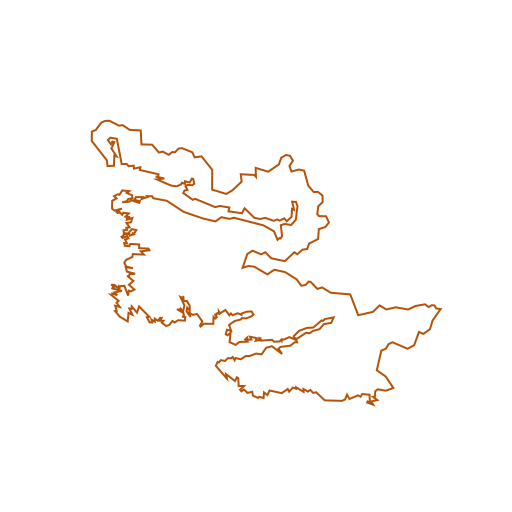 Lødingen nor, Nordland, Norway, rotated 68°
{"feature_id": "86288312B56909660985265", "entity_name": "Lødingen nor", "entity_type": "district", "adm_level": 2, "iso_a3": "NOR", "parent_name": "Norway", "parent_adm1": "Nordland", "projection": "orthographic", "projection_center": [15.635, 68.46], "detail": "fine", "context": "isolated", "style": "outline", "palette": "amber", "viewbox_px": 512, "rotation_deg": 68, "n_neighbors": 0, "source": "geoboundaries", "source_scale": "gbopen_adm2", "svg_char_len": 6137}
<svg xmlns="http://www.w3.org/2000/svg" viewBox="0 0 512 512"><g transform="rotate(68 256 256)"><path d="M117.0,360.0L119.1,353.9L109.9,349.8L111.5,347.9L102.1,349.8L97.3,344.7L96.2,346.2L98.0,348.7L93.0,349.9L91.7,346.8L95.2,341.1L120.5,346.1L122.2,341.4L125.1,340.5L126.4,335.6L129.3,336.4L130.4,330.0L132.7,331.5L143.7,315.8L145.7,316.8L144.8,319.3L149.8,311.9L147.8,319.3L158.9,308.3L161.7,303.4L161.5,298.5L160.3,297.1L162.5,294.9L160.1,293.9L162.9,289.9L160.2,286.4L161.0,285.4L165.9,286.1L166.5,288.5L164.4,292.9L164.9,295.3L169.0,294.8L168.5,297.8L170.4,299.9L180.3,293.5L180.1,291.1L195.4,275.5L196.1,270.7L201.0,262.6L204.3,264.7L211.1,253.0L207.5,248.7L220.0,243.2L223.2,238.4L224.1,233.2L230.1,226.3L230.0,222.7L232.0,220.9L231.7,215.6L235.3,214.6L233.1,208.4L225.8,205.0L227.5,203.5L219.2,202.1L220.8,198.7L225.2,198.8L237.3,205.5L240.4,211.8L237.1,217.3L236.7,221.4L247.3,224.4L249.0,226.6L248.2,227.4L249.1,230.0L239.9,230.0L230.4,237.6L212.2,262.2L211.7,266.6L207.1,273.5L208.7,280.7L201.2,291.3L188.0,306.5L171.4,318.0L164.0,329.6L161.8,329.8L159.6,334.6L160.7,334.4L160.3,340.5L159.1,338.7L156.4,345.4L158.3,347.7L161.6,343.2L163.0,344.4L157.5,350.9L158.2,352.8L156.1,360.0L156.8,355.3L155.2,353.0L156.3,349.0L153.3,348.1L149.1,352.3L148.4,349.3L145.1,355.4L148.1,359.7L147.0,361.0L147.4,365.2L150.4,363.7L150.9,368.6L158.1,371.7L160.9,370.3L161.8,362.5L161.8,367.2L162.9,368.5L164.0,365.5L164.0,369.1L164.8,365.7L167.7,364.6L166.2,362.8L168.9,358.1L170.6,362.2L172.8,358.1L171.7,361.1L174.0,362.3L174.4,356.4L177.9,359.4L176.8,363.7L182.1,362.5L181.3,365.7L183.4,365.8L182.5,369.2L185.4,370.0L187.2,366.1L184.6,361.0L187.2,357.2L189.4,360.5L188.3,362.4L190.1,361.2L189.8,365.5L188.0,365.1L186.7,370.1L187.9,373.5L189.2,373.0L189.4,368.0L191.9,367.7L191.6,371.3L196.0,370.9L194.6,373.3L197.4,373.8L199.5,369.7L197.7,368.1L201.5,360.0L205.0,361.4L208.8,353.0L210.8,352.7L208.5,361.0L212.7,359.4L208.1,369.5L210.5,371.0L210.9,377.7L212.9,380.7L217.3,380.2L221.2,374.6L217.6,381.0L222.1,381.5L227.2,374.7L225.5,380.1L228.0,381.7L225.9,382.9L233.2,379.0L235.1,384.6L241.6,381.3L241.9,385.4L240.5,387.0L244.8,389.4L234.3,389.2L233.0,393.6L234.5,394.4L232.8,394.8L234.3,396.0L229.8,397.9L228.4,401.1L231.7,398.1L231.2,400.4L232.2,401.4L238.1,393.5L236.7,400.9L240.4,399.4L237.0,403.3L238.3,403.9L237.7,404.9L246.1,400.2L247.1,402.8L252.2,401.4L249.4,405.2L254.7,405.7L254.2,407.3L261.1,405.1L268.6,399.5L261.0,395.5L264.2,392.6L257.2,393.1L258.4,391.1L256.2,390.1L263.9,387.6L259.0,383.3L272.4,377.7L271.9,380.1L277.7,379.5L278.8,377.1L275.8,376.7L279.0,374.4L276.2,373.3L279.3,371.3L277.4,368.1L278.0,366.7L280.2,369.0L281.4,366.1L282.5,368.3L287.2,365.6L287.4,362.1L284.9,357.9L287.2,356.3L286.4,352.2L289.3,346.2L286.2,344.5L284.5,347.3L285.1,345.3L281.6,344.6L275.8,349.2L277.2,346.8L276.5,345.6L280.3,344.5L275.0,340.9L265.7,341.4L268.1,339.2L265.7,338.3L270.9,340.1L271.8,336.9L277.5,336.1L281.8,338.0L278.1,339.1L281.3,341.2L288.0,339.5L283.9,339.1L286.9,336.6L287.7,332.4L296.6,330.3L299.6,334.1L300.7,333.7L299.3,329.7L302.9,321.0L296.6,318.2L298.7,317.2L298.0,315.3L294.3,316.1L295.9,314.9L294.5,313.3L295.6,312.0L293.4,311.2L295.7,310.8L294.6,304.6L301.0,302.9L299.8,300.8L302.1,299.9L302.2,294.4L305.0,291.6L304.0,291.5L304.1,285.8L305.7,280.9L309.4,280.3L310.3,283.1L310.1,288.7L308.3,292.5L309.2,293.6L308.3,300.0L309.8,306.8L316.1,307.1L313.5,310.5L317.2,313.4L318.9,312.2L317.6,308.3L326.0,312.8L330.8,308.1L329.5,303.6L332.2,296.1L329.3,297.4L328.3,294.6L330.7,295.2L331.7,291.6L328.6,291.8L332.4,286.1L334.5,288.1L335.0,285.3L333.9,284.3L336.3,284.4L333.1,282.6L336.4,283.0L339.7,272.5L342.2,271.4L344.1,266.1L343.2,264.2L344.3,264.0L342.9,263.2L343.9,261.6L343.7,255.4L347.5,251.7L344.5,251.1L341.5,244.1L341.8,235.6L343.8,229.7L340.3,219.3L341.3,218.4L340.3,215.7L342.0,207.0L346.2,211.3L344.6,218.5L347.6,224.6L346.8,231.0L347.7,235.4L345.9,238.2L348.1,249.1L347.2,250.1L351.4,250.2L350.5,252.3L352.0,257.9L349.5,267.3L350.3,269.9L356.6,268.5L345.6,275.1L344.9,280.9L349.3,287.7L346.5,292.5L346.3,299.6L344.9,303.0L346.1,308.8L343.0,313.0L344.7,314.9L340.9,315.4L341.5,317.5L340.2,320.3L341.7,324.1L339.4,327.6L340.8,330.3L339.8,331.2L342.8,334.4L358.8,328.9L354.3,328.0L364.1,322.3L361.3,319.2L362.7,318.2L370.0,320.8L372.1,315.8L374.1,320.9L376.0,320.2L375.3,317.2L379.7,315.2L380.5,310.4L384.4,311.1L388.4,307.2L387.8,305.6L390.6,302.2L385.5,299.7L389.2,297.5L385.8,293.8L392.8,283.5L391.2,276.4L394.2,276.1L391.8,271.2L394.1,268.5L392.7,268.0L399.8,262.8L397.1,261.8L401.1,258.8L400.5,255.8L404.3,254.3L404.9,251.3L415.6,246.3L422.5,230.6L422.4,227.2L418.6,223.5L423.6,222.9L423.4,213.6L425.6,211.8L423.8,209.3L427.1,202.7L434.6,205.3L432.7,207.0L433.5,207.8L437.8,203.0L434.0,203.8L435.0,197.5L430.5,200.1L431.0,198.5L426.1,196.1L425.2,193.0L429.5,186.2L429.8,178.1L416.3,180.9L407.2,186.8L390.7,175.3L390.6,170.3L387.3,166.0L387.1,161.8L398.7,150.3L398.0,142.8L387.5,133.4L390.9,130.0L389.0,122.1L381.9,116.4L374.4,104.7L372.1,108.6L368.7,109.0L367.5,111.4L368.0,115.1L364.1,117.4L362.1,126.9L362.6,134.9L355.9,145.7L354.4,155.2L348.1,159.9L351.6,168.6L349.2,183.4L326.9,183.0L318.1,200.4L309.9,206.5L309.5,211.4L300.3,215.1L299.5,216.9L301.4,220.7L300.6,225.1L292.8,227.1L281.9,235.0L275.6,244.1L277.3,252.4L265.4,261.5L262.4,266.8L261.9,272.8L250.9,263.3L249.8,257.2L256.4,250.6L256.0,246.0L263.8,242.7L271.6,231.2L266.9,219.0L269.8,217.1L267.5,210.5L268.7,205.9L264.4,202.2L263.5,192.0L254.6,187.7L255.1,180.8L252.2,175.8L245.5,176.1L242.6,182.7L240.0,183.5L233.2,179.6L231.0,174.0L224.9,171.7L219.8,174.5L218.2,178.6L210.4,181.2L194.9,179.4L191.9,183.8L191.0,191.4L185.1,191.3L181.4,186.0L175.8,187.0L173.6,190.3L174.4,195.8L179.7,200.5L182.4,213.1L174.2,223.3L182.5,226.4L180.3,227.1L174.5,239.5L181.7,241.5L186.3,253.4L187.3,260.4L178.0,271.8L159.7,264.3L143.2,269.2L141.5,276.0L136.0,276.2L128.3,284.2L127.4,287.6L129.5,292.3L128.2,294.7L129.5,299.0L124.3,303.3L123.6,307.3L113.9,310.6L109.6,320.4L96.4,315.8L91.7,325.9L84.7,330.6L83.8,334.3L75.8,341.1L74.2,345.3L74.4,349.5L79.1,357.3L79.2,361.6L87.8,365.2L111.4,358.4L117.0,360.0Z" fill="none" stroke="#b45309" stroke-width="2"/></g></svg>